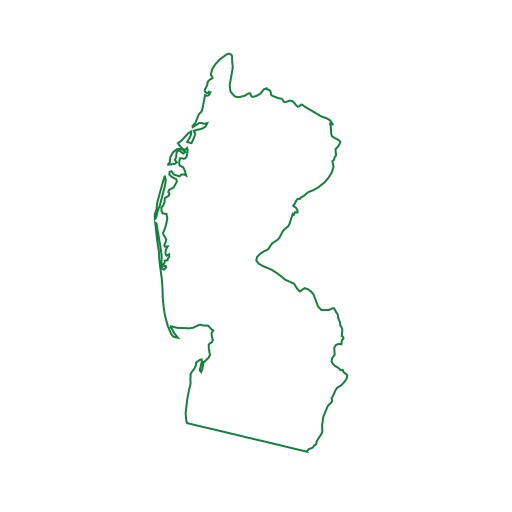 map outline of New Jersey (Robinson projection), rotated 164°
{"feature_id": "USA-3558", "entity_name": "New Jersey", "entity_type": "State", "adm_level": 1, "iso_a3": "USA", "parent_name": "United States of America", "parent_adm1": "", "projection": "robinson", "projection_center": [-74.673, 40.14], "detail": "fine", "context": "isolated", "style": "outline", "palette": "green", "viewbox_px": 512, "rotation_deg": 164, "n_neighbors": 0, "source": "natural_earth", "source_scale": "10m", "svg_char_len": 5501}
<svg xmlns="http://www.w3.org/2000/svg" viewBox="0 0 512 512"><g transform="rotate(164 256 256)"><path d="M145.8,360.5L146.4,361.5L147.2,362.3L148.2,362.9L148.5,359.7L150.1,352.0L149.7,349.7L145.1,345.1L143.6,343.1L143.7,341.8L146.7,338.8L149.3,337.3L150.2,336.5L150.6,334.9L150.9,332.6L151.4,330.6L153.3,329.1L153.9,327.9L154.8,326.7L156.3,326.2L156.6,325.4L156.8,320.6L159.8,315.8L164.5,311.4L169.8,307.9L177.5,304.7L183.3,303.4L186.3,303.2L188.6,302.8L193.6,300.6L196.9,299.8L197.0,299.6L198.0,298.8L200.2,299.4L202.3,297.9L204.2,295.7L206.4,294.1L204.4,291.5L203.5,288.4L204.1,286.4L206.5,287.3L208.3,285.0L209.2,286.3L214.6,278.1L216.7,275.8L221.5,273.7L223.3,272.5L228.7,266.9L230.8,265.6L235.9,264.1L237.3,263.5L242.1,259.5L243.4,258.8L246.8,258.4L251.3,257.0L255.3,254.7L257.0,251.5L255.5,247.9L252.0,244.3L244.8,238.5L240.5,233.6L235.9,227.5L235.5,226.5L234.2,224.9L227.1,219.0L225.3,212.7L223.5,209.8L218.2,211.7L215.2,209.7L212.7,206.4L211.3,203.3L210.3,190.4L208.0,186.0L201.1,184.0L197.0,184.7L195.3,184.0L194.3,179.4L193.7,177.7L193.5,176.0L194.1,174.3L193.6,169.1L193.7,167.5L194.2,166.2L193.6,164.6L193.2,162.5L193.7,160.3L195.6,155.5L195.2,155.4L194.7,154.2L194.5,152.9L195.1,152.2L196.1,151.7L197.1,150.4L198.3,147.6L200.8,148.7L203.6,148.4L205.8,146.7L206.7,143.7L207.5,139.7L209.1,138.1L211.0,136.9L212.3,134.0L211.8,130.9L209.9,128.0L207.8,125.8L206.8,124.4L206.6,123.4L206.0,122.9L205.2,122.7L204.4,122.6L203.9,122.4L203.9,121.8L204.0,121.0L203.9,120.4L202.4,118.3L201.5,117.0L201.2,115.8L202.7,113.2L205.7,110.6L209.0,108.6L211.0,107.8L214.0,107.1L216.5,105.1L222.1,98.6L222.6,98.4L222.6,98.0L222.6,96.0L223.1,95.2L224.4,94.2L225.9,93.4L226.8,93.1L228.6,91.7L235.6,82.9L238.9,75.6L240.2,71.0L240.3,69.9L241.3,67.7L248.6,61.3L248.9,60.9L249.6,59.2L250.0,58.6L250.7,58.1L252.2,57.9L254.0,56.4L255.4,56.0L258.4,55.8L261.1,54.2L261.0,53.9L274.4,61.4L287.8,69.0L301.2,76.6L314.7,84.1L328.1,91.7L341.5,99.3L355.0,106.8L368.4,114.4L368.3,117.5L367.0,124.2L362.0,136.3L357.0,146.3L355.1,149.2L354.0,151.7L353.4,154.0L353.1,155.6L352.1,158.0L351.6,160.2L349.4,162.5L346.3,164.7L343.8,167.7L342.9,170.1L340.9,170.8L338.2,171.7L336.7,171.5L337.1,169.6L341.6,161.7L340.7,159.6L338.8,162.0L337.9,164.0L336.7,166.5L335.6,168.5L334.1,168.8L331.7,170.3L330.1,171.0L327.5,173.5L326.8,180.5L325.9,183.8L324.3,184.7L322.2,185.3L320.6,187.1L320.7,189.6L320.2,193.5L319.4,194.9L317.6,196.1L319.4,198.5L321.2,202.3L325.9,203.7L328.1,205.1L329.3,205.5L336.2,204.4L339.8,204.8L351.7,208.7L357.1,211.9L357.7,211.0L356.7,208.6L356.3,205.5L353.6,198.9L357.5,201.0L358.9,204.1L359.4,207.4L360.1,213.1L359.9,224.2L358.9,232.1L357.3,240.9L354.8,250.8L353.8,255.2L352.8,260.1L352.1,265.4L351.3,270.5L350.8,273.9L350.0,279.0L348.3,286.1L347.8,289.7L347.2,294.7L346.5,299.3L343.7,315.9L342.7,314.7L345.3,291.4L346.5,283.0L347.3,279.8L348.5,276.5L349.3,272.7L349.4,269.4L348.0,268.2L345.3,270.0L345.6,271.3L347.1,271.6L347.6,273.4L346.0,274.3L345.0,276.7L342.2,276.2L341.4,278.0L339.7,279.0L339.1,281.6L341.9,280.9L342.4,283.4L341.0,286.9L338.2,289.6L340.8,290.0L341.3,291.6L339.0,294.2L337.7,296.7L338.4,299.8L339.2,302.6L339.0,303.8L336.5,306.8L333.8,310.8L330.9,316.6L330.5,321.2L334.1,322.7L334.4,325.1L333.8,327.9L333.6,328.7L331.6,329.9L329.3,332.6L327.7,336.8L323.2,338.0L322.0,340.1L322.7,341.7L321.4,343.4L318.7,344.1L316.7,344.4L314.6,346.2L311.6,349.3L311.4,351.6L315.0,355.1L316.9,358.1L315.9,360.6L314.0,360.9L313.3,359.6L313.0,357.9L312.6,357.0L307.5,353.6L305.4,354.8L303.6,354.6L302.1,353.7L300.9,352.5L301.0,358.7L301.7,361.6L303.3,362.9L304.6,364.1L304.1,366.8L302.4,370.8L300.3,370.3L298.8,369.5L297.3,369.3L295.3,370.8L294.4,372.2L293.4,374.3L292.6,376.7L292.5,378.8L295.0,377.6L297.2,379.5L298.9,382.8L300.0,385.9L295.8,387.5L287.8,392.4L284.1,393.6L284.1,392.7L285.3,390.3L287.0,388.1L290.7,384.6L286.9,382.2L282.4,387.5L280.6,390.5L281.3,392.7L281.3,393.6L272.5,393.3L268.8,394.3L266.2,397.2L268.7,397.2L270.5,398.0L272.0,399.0L273.8,399.5L281.3,397.2L281.3,398.3L277.4,400.8L271.7,408.2L268.6,409.8L267.1,411.9L260.6,424.7L259.2,423.6L257.7,423.5L256.3,424.2L255.0,425.8L255.7,425.8L255.8,426.0L255.8,426.3L256.0,426.9L257.4,426.1L258.6,426.3L259.4,427.3L259.7,429.2L259.0,430.3L255.7,433.8L254.6,436.4L253.5,437.4L252.1,438.1L248.8,439.0L248.6,440.3L249.2,441.8L249.4,443.0L246.7,447.6L242.2,451.6L236.8,454.8L228.9,457.8L227.4,458.1L225.9,457.8L224.2,456.2L223.9,454.5L224.5,452.7L225.0,450.6L225.7,447.5L226.2,444.2L227.4,441.4L234.2,427.5L235.2,421.0L232.6,415.5L230.4,414.0L228.2,413.3L222.7,413.2L221.6,413.4L219.3,414.1L218.0,414.3L216.7,413.9L216.6,413.0L216.6,411.7L216.1,410.3L214.3,409.7L211.4,409.8L207.1,410.8L205.2,412.1L203.7,413.3L202.1,414.2L199.7,414.3L199.9,413.5L198.0,412.3L196.9,410.8L196.7,409.4L197.1,407.4L196.9,406.4L195.7,405.1L190.8,401.4L188.9,400.6L187.7,399.8L186.7,396.6L185.7,395.9L180.5,395.9L178.3,394.9L176.9,392.4L175.9,389.8L174.5,388.0L173.2,387.9L172.2,388.4L171.3,389.0L170.6,389.1L169.6,388.3L168.9,387.4L168.4,386.6L154.5,371.9L150.3,369.1L147.2,365.7L145.8,360.5ZM338.3,326.2L340.3,322.3L341.5,320.4L343.0,319.3L342.0,323.7L338.7,328.4L336.3,334.3L331.3,342.7L324.8,353.2L321.5,358.3L321.6,357.0L321.7,356.2L321.7,354.1L323.7,349.4L334.6,331.0L338.3,326.2ZM307.5,370.8L306.3,367.8L308.5,367.0L315.2,367.9L314.9,368.7L313.7,369.5L313.1,369.7L311.3,374.3L307.4,378.4L302.8,380.5L298.4,379.7L295.3,375.4L297.6,374.5L298.9,375.9L300.0,377.9L301.9,378.8L303.7,377.6L305.7,372.6L307.5,370.8Z" fill="none" stroke="#15803d" stroke-width="2"/></g></svg>